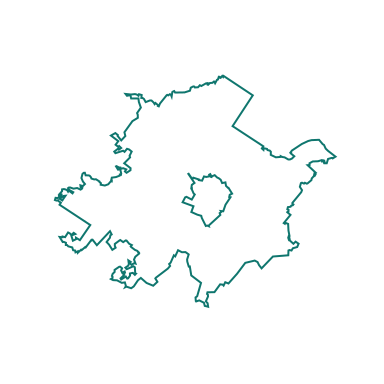 the district of Iecavas pag., Iecavas, Latvia, rotated 312°
{"feature_id": "27541924B36715332650417", "entity_name": "Iecavas pag.", "entity_type": "district", "adm_level": 2, "iso_a3": "LVA", "parent_name": "Latvia", "parent_adm1": "Iecavas", "projection": "orthographic", "projection_center": [24.179, 56.61], "detail": "fine", "context": "isolated", "style": "outline", "palette": "teal", "viewbox_px": 384, "rotation_deg": 312, "n_neighbors": 0, "source": "geoboundaries", "source_scale": "gbopen_adm2", "svg_char_len": 6005}
<svg xmlns="http://www.w3.org/2000/svg" viewBox="0 0 384 384"><g transform="rotate(312 192 192)"><path d="M313.6,265.6L313.7,262.3L315.3,258.6L315.0,257.1L315.8,251.5L310.5,246.1L307.6,244.2L301.2,241.5L289.6,238.5L287.1,238.8L287.3,239.6L286.8,239.8L287.0,244.1L283.7,243.9L281.7,243.0L280.6,241.8L279.7,237.6L278.5,235.8L278.0,234.0L277.5,234.5L273.9,231.1L272.3,225.7L274.7,223.6L274.8,222.1L273.7,220.1L274.2,218.9L272.5,215.9L271.1,216.9L271.1,214.8L273.7,214.4L268.1,178.1L304.5,172.5L299.4,137.9L298.3,138.2L298.5,136.8L295.9,136.9L295.7,136.6L296.1,135.5L295.6,134.8L292.9,136.0L292.1,135.5L288.3,136.4L289.0,134.7L288.7,134.3L286.9,134.2L285.0,132.4L282.4,132.2L282.2,131.6L283.3,130.7L282.1,129.7L277.0,128.0L276.6,126.4L273.9,126.4L271.6,124.2L271.9,123.2L271.3,122.3L268.7,121.3L265.9,122.7L261.0,119.8L254.6,112.9L255.1,111.2L254.3,110.8L253.1,110.5L249.3,113.0L250.2,111.1L249.9,110.1L247.9,109.7L247.6,108.6L247.0,108.4L236.4,109.0L233.4,110.0L233.1,109.1L233.8,108.8L233.7,105.3L232.3,105.4L232.8,103.7L232.9,100.7L231.9,99.5L227.8,97.4L229.0,94.0L228.8,92.4L228.0,91.4L230.4,89.7L229.2,87.2L227.7,87.8L227.5,85.8L226.6,84.1L223.6,81.4L220.4,77.0L220.0,79.3L222.8,81.4L220.8,84.2L225.7,89.6L223.4,92.2L220.5,97.5L213.9,98.4L213.1,100.0L210.9,102.1L204.8,100.3L191.2,101.8L189.0,105.0L183.0,104.9L183.9,99.2L184.7,98.8L184.5,95.6L179.7,94.0L180.5,103.2L176.0,103.6L176.2,107.1L177.4,107.1L177.3,109.9L174.6,109.3L175.0,108.1L170.0,107.2L169.6,109.1L176.6,113.2L176.7,115.0L180.6,114.8L181.5,116.7L181.7,120.1L177.1,121.4L176.3,122.8L168.0,122.4L168.6,130.4L167.0,131.7L162.5,130.5L162.4,128.4L164.8,128.0L163.6,124.9L161.6,123.6L162.3,122.5L161.4,121.4L160.7,118.6L160.2,118.4L159.1,122.1L160.9,123.4L158.3,127.1L157.1,127.7L156.6,126.7L155.7,127.3L152.2,125.5L149.0,122.8L146.8,124.0L147.0,124.6L146.1,125.3L145.6,124.5L141.7,124.6L138.5,122.9L136.3,119.3L137.6,118.4L137.5,116.6L137.9,116.2L137.2,112.1L135.9,110.9L134.7,108.3L135.4,106.8L135.6,105.2L135.3,104.2L133.2,101.8L134.6,99.5L133.8,98.7L132.2,98.5L128.4,100.5L126.8,103.9L126.3,107.1L123.3,106.9L122.3,104.6L121.0,106.1L121.5,107.8L120.7,108.0L119.2,107.6L118.1,104.0L115.2,101.7L113.8,98.4L112.9,97.5L111.9,97.3L111.5,98.1L111.5,100.1L112.4,103.9L111.0,104.1L110.6,99.5L109.3,99.7L109.8,98.1L109.3,96.4L108.5,94.9L107.0,93.7L105.6,94.9L102.2,94.9L102.9,96.7L102.0,97.2L101.2,96.9L101.3,95.9L100.5,95.3L100.0,96.0L100.1,96.7L99.6,96.7L99.8,98.6L103.0,99.1L104.6,100.5L101.4,100.9L98.9,101.3L98.4,98.3L99.6,98.1L99.4,96.6L97.5,96.1L96.4,94.5L94.3,95.5L94.9,97.0L96.2,98.0L95.9,98.7L96.3,101.7L93.9,102.1L99.4,138.5L81.2,140.9L80.4,136.4L79.4,137.4L76.1,136.1L78.9,131.4L82.7,133.4L82.5,131.4L79.3,131.1L79.5,128.9L79.0,127.0L73.5,127.9L72.3,125.6L71.7,126.0L70.0,123.7L68.3,129.4L69.1,130.0L69.9,132.3L68.2,133.7L69.0,134.7L68.8,136.4L70.7,140.1L69.2,142.6L70.3,144.3L69.2,145.8L71.5,146.8L70.5,147.8L74.9,148.2L74.9,148.9L79.7,149.5L79.7,150.1L88.9,149.3L88.8,149.8L90.0,150.1L88.8,156.9L108.0,157.3L106.7,160.7L105.2,160.3L103.1,161.6L97.7,162.0L97.4,165.6L95.7,171.5L99.5,172.5L100.3,170.7L101.8,169.4L107.7,170.6L108.3,170.8L108.7,174.4L111.6,175.1L112.1,175.8L111.5,180.0L112.3,182.8L110.5,182.9L110.4,183.6L110.8,188.3L111.6,190.6L111.5,192.8L111.1,192.7L110.8,193.9L105.9,193.2L103.0,194.1L101.0,197.9L100.4,196.7L97.4,195.7L97.5,194.2L98.1,193.1L99.0,193.2L98.6,190.5L96.2,193.3L94.5,193.9L91.2,193.1L90.9,195.0L91.3,195.3L97.6,198.1L97.8,199.9L93.5,204.3L93.8,205.0L92.2,205.0L92.3,202.1L89.9,200.4L88.4,201.9L85.1,202.3L84.3,201.8L84.9,199.4L79.6,197.9L80.0,196.7L85.0,197.1L85.1,195.8L87.2,196.2L87.9,195.1L85.3,194.2L86.3,191.8L88.5,191.1L88.4,188.5L87.6,187.9L82.3,186.6L80.8,188.0L78.1,187.8L76.0,188.7L75.9,189.6L74.9,190.5L73.1,190.0L73.7,192.3L76.2,195.4L77.5,200.6L79.9,202.6L77.9,205.8L76.6,206.1L77.8,206.6L79.8,211.2L82.9,211.9L90.3,210.9L93.9,211.5L94.0,219.1L96.4,225.9L102.1,226.4L103.2,222.6L104.1,222.5L118.9,225.3L122.4,225.2L123.2,223.2L125.2,223.4L132.8,220.9L132.9,222.6L139.4,220.6L140.5,224.8L143.0,227.4L143.4,231.3L138.6,233.5L137.1,235.1L134.4,239.5L135.2,240.2L129.5,247.3L130.5,259.5L118.0,265.6L116.0,265.2L113.5,267.8L113.4,268.3L116.3,269.9L117.7,275.0L115.9,277.7L117.5,280.8L119.8,278.0L120.0,275.5L125.1,273.8L126.3,272.5L126.3,271.4L127.8,270.6L132.6,275.7L142.2,274.7L143.7,276.8L143.6,278.1L147.2,277.1L148.4,280.3L161.4,280.2L175.0,279.0L183.0,284.5L183.8,287.6L182.5,290.8L181.8,294.8L198.2,295.3L209.4,305.9L213.1,302.8L214.1,303.3L215.1,305.1L217.7,304.6L221.5,307.0L224.9,305.8L224.4,302.2L221.4,302.0L221.4,297.3L222.9,295.3L221.6,295.5L222.4,294.1L224.4,293.2L224.1,294.5L227.8,289.6L232.6,284.8L231.5,281.7L230.5,282.2L230.3,281.0L240.9,280.5L240.7,275.4L241.2,277.1L242.3,276.6L243.4,275.6L243.0,274.4L244.9,273.4L247.0,275.1L248.2,274.9L249.7,275.8L250.6,275.7L250.5,274.4L251.1,273.9L265.0,273.3L267.0,272.5L268.0,268.7L271.5,267.0L272.5,267.5L273.2,269.6L274.4,269.7L275.0,271.7L275.7,272.1L280.7,272.8L282.2,271.9L285.3,271.9L287.5,270.7L286.8,272.2L287.8,272.0L288.0,271.0L289.1,271.2L289.3,260.0L290.8,261.3L292.0,260.1L295.5,261.3L299.2,265.1L302.2,266.9L301.8,268.0L303.2,268.0L303.8,269.3L302.9,270.6L302.2,270.1L301.8,271.0L303.5,272.9L307.6,271.0L310.8,273.0L311.3,273.6L311.2,274.1L314.3,275.0L313.6,265.6ZM179.3,216.6L180.5,214.8L178.7,211.1L176.7,204.9L182.4,202.6L178.1,191.9L183.4,190.5L184.7,191.1L186.2,196.9L192.0,195.7L192.0,194.2L193.8,190.2L194.7,189.4L194.3,189.0L197.2,187.1L200.4,187.8L203.0,177.2L203.3,177.3L201.7,183.8L203.5,183.4L205.9,188.7L205.4,189.1L207.2,191.9L211.6,190.5L212.7,192.5L215.5,194.6L215.9,194.9L215.6,194.1L216.3,193.2L217.5,193.6L216.8,195.5L215.4,196.9L216.8,196.2L219.7,197.6L219.6,201.1L220.1,202.5L220.3,205.1L218.8,208.4L221.5,210.4L219.3,213.2L219.2,216.2L219.5,216.4L217.6,222.9L215.2,221.9L213.2,223.0L213.8,224.1L205.0,225.4L198.6,228.1L197.2,226.2L197.0,227.1L194.8,226.7L193.9,228.4L178.4,226.9L178.5,226.1L177.8,227.4L177.2,225.7L176.0,225.0L179.3,216.6Z" fill="none" stroke="#0f766e" stroke-width="2"/></g></svg>